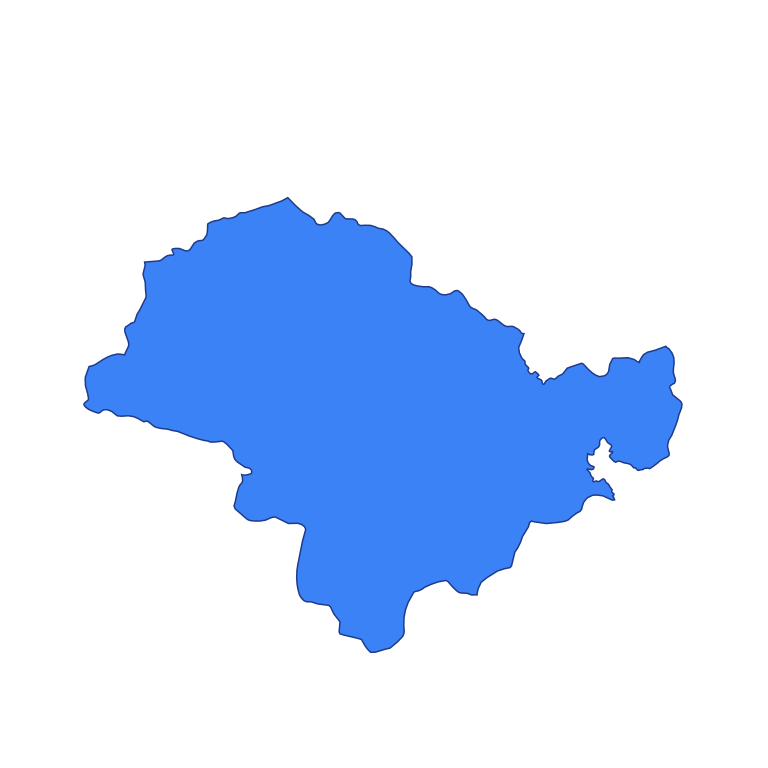 Hoang Su Phi, Hà Giang, Vietnam, rotated 132°
{"feature_id": "81297802B55460345655510", "entity_name": "Hoang Su Phi", "entity_type": "district", "adm_level": 2, "iso_a3": "VNM", "parent_name": "Vietnam", "parent_adm1": "Hà Giang", "projection": "mercator", "projection_center": [104.663, 22.693], "detail": "fine", "context": "isolated", "style": "filled", "palette": "blue", "viewbox_px": 768, "rotation_deg": 132, "n_neighbors": 0, "source": "geoboundaries", "source_scale": "gbopen_adm2", "svg_char_len": 6171}
<svg xmlns="http://www.w3.org/2000/svg" viewBox="0 0 768 768"><g transform="rotate(132 384 384)"><path d="M557.3,505.6L552.7,493.3L549.6,486.3L546.2,479.7L544.6,477.4L543.2,474.0L539.9,470.5L535.8,466.9L534.7,465.8L534.2,464.7L533.9,460.4L534.6,451.9L538.2,447.5L539.8,444.4L540.1,441.0L538.8,431.6L536.9,428.2L536.5,426.7L536.8,424.6L538.7,422.8L540.0,422.9L544.4,425.9L546.3,428.4L546.6,429.1L548.6,426.2L550.9,424.0L552.7,423.5L556.0,423.4L558.2,422.7L563.4,420.2L570.3,416.1L574.9,413.9L576.4,411.1L576.1,395.3L575.7,393.6L574.5,391.2L571.4,387.3L568.7,384.4L564.5,381.0L559.0,378.5L556.8,377.0L555.5,375.6L551.6,361.7L545.3,355.0L543.5,351.2L543.2,347.5L544.4,344.9L555.4,339.4L576.4,326.9L580.7,324.0L586.6,319.1L591.1,314.4L594.3,310.3L597.2,305.8L598.3,302.4L598.6,299.0L598.0,296.6L597.1,295.2L594.8,292.7L591.6,285.8L585.5,277.0L585.4,274.7L588.4,267.4L590.2,257.6L598.3,251.4L599.1,249.4L597.4,245.8L590.7,233.6L588.9,229.8L591.2,223.1L592.1,218.7L592.3,214.4L589.0,210.9L580.7,205.9L576.2,202.8L566.4,201.4L559.3,201.2L557.4,201.7L554.6,203.2L550.1,207.8L544.1,212.9L537.7,216.8L530.2,219.9L519.0,222.5L517.7,222.2L514.3,219.8L511.0,218.4L508.5,218.0L501.6,215.1L494.9,211.4L488.5,206.5L488.0,204.4L488.9,197.1L489.1,191.8L488.8,188.9L487.6,186.7L484.0,182.3L482.1,177.7L478.3,173.7L477.4,174.6L473.4,176.9L466.5,179.1L459.3,178.0L446.9,174.5L440.6,170.8L436.1,167.5L433.9,167.5L421.5,174.2L415.7,175.1L409.9,176.8L404.7,179.0L393.6,181.1L389.6,183.1L387.3,182.7L385.4,179.4L379.0,169.9L370.1,161.8L365.1,157.8L361.9,156.2L356.1,155.5L351.3,154.5L347.4,153.1L344.8,153.3L342.2,154.8L338.4,156.4L335.9,156.7L332.4,156.7L327.0,154.5L323.8,151.2L320.6,146.4L317.5,136.5L315.8,135.1L314.8,136.8L314.1,139.1L312.7,138.9L311.8,139.6L311.9,142.4L311.7,142.9L310.0,143.6L309.3,147.1L308.3,150.1L308.6,153.0L307.4,156.2L307.6,157.3L308.3,157.9L312.4,158.9L313.2,159.4L314.0,161.4L316.5,162.9L316.2,164.4L314.3,164.9L313.9,165.5L313.9,167.8L313.5,169.2L312.1,171.4L311.8,175.8L311.2,176.0L310.6,175.5L309.2,172.9L308.1,172.0L307.1,171.6L305.5,172.0L305.0,172.8L306.0,175.2L306.4,176.8L306.0,179.4L305.1,181.2L303.9,182.7L299.5,186.0L299.0,184.0L298.3,183.0L297.4,181.7L296.1,181.0L293.1,183.1L291.6,183.5L287.8,182.4L286.4,182.5L284.7,183.2L283.1,184.8L281.2,185.9L278.4,185.8L277.2,185.2L276.6,184.5L276.6,183.3L277.9,178.2L277.3,174.2L278.1,173.0L282.7,171.9L283.2,171.5L283.0,170.5L281.5,169.3L281.5,168.7L281.9,168.4L285.0,168.5L286.2,168.4L286.8,168.0L287.2,167.3L287.6,163.1L287.5,160.7L287.1,159.5L284.3,158.2L283.4,156.6L282.1,153.1L279.7,149.1L278.9,147.2L278.8,145.3L279.2,142.5L278.0,141.0L278.4,138.5L278.0,137.1L276.2,136.0L274.3,134.3L272.3,134.0L271.3,132.7L270.0,131.8L269.2,130.0L266.5,129.2L259.7,127.8L256.7,127.5L253.0,126.5L248.1,124.5L246.2,124.5L244.7,125.7L241.5,130.5L239.5,132.5L235.2,134.8L229.7,135.8L220.4,139.2L214.6,141.6L209.7,144.2L202.7,146.9L199.5,149.2L198.7,150.7L198.4,152.7L198.9,162.3L196.2,167.4L195.5,169.5L193.8,170.1L191.5,169.6L189.0,168.7L186.7,169.5L185.2,171.2L182.2,176.3L179.3,178.9L173.9,182.8L170.5,186.3L168.3,190.5L167.2,195.7L167.6,198.6L167.4,199.8L177.8,205.3L183.8,209.3L185.6,209.9L188.4,210.7L191.5,210.4L196.1,209.4L197.1,208.6L198.0,211.3L198.4,214.6L201.3,220.4L207.7,226.8L210.2,229.8L212.0,231.1L218.3,229.4L224.3,225.5L227.5,224.9L230.3,225.6L234.3,228.7L235.8,232.6L236.4,236.6L236.4,242.4L235.8,249.0L236.0,250.3L236.8,251.3L249.5,258.4L256.6,258.0L258.2,258.3L260.2,259.3L262.2,259.9L265.2,260.1L266.5,260.7L267.9,263.7L268.6,264.4L273.4,265.6L277.1,265.0L277.7,265.6L277.6,266.8L275.8,269.1L275.9,270.6L276.9,273.5L276.8,274.7L276.5,274.9L273.9,274.7L273.5,276.1L273.5,278.6L273.6,279.7L274.6,280.1L277.2,280.6L278.1,281.4L278.5,283.1L278.3,284.4L277.8,285.8L277.2,286.5L275.5,286.9L275.1,287.8L275.0,291.3L274.6,292.6L272.7,294.6L272.6,298.7L270.3,304.2L266.8,308.3L259.2,311.0L252.9,313.7L253.9,314.8L254.1,315.5L254.1,316.8L253.5,318.7L253.5,320.6L254.7,326.0L255.6,327.6L258.9,330.9L259.8,332.8L260.2,334.8L260.7,342.2L261.4,344.3L262.3,345.6L265.4,347.5L266.8,348.9L267.2,350.3L267.3,351.8L266.9,353.9L266.8,357.4L267.0,364.0L267.4,366.1L268.4,368.4L268.9,371.1L268.7,372.7L266.3,379.8L265.1,384.5L264.8,386.6L264.9,390.4L265.5,392.2L267.5,393.8L272.6,395.1L276.8,398.1L278.4,400.3L279.2,401.6L279.8,403.7L279.8,409.0L280.5,413.0L281.7,415.8L285.2,419.6L288.6,424.4L290.6,428.4L291.1,430.9L290.8,432.5L289.8,433.8L286.4,435.9L282.5,439.5L276.4,443.3L270.9,448.3L270.1,452.5L269.5,468.3L268.8,473.2L268.1,481.1L268.4,484.5L269.5,488.4L272.2,492.7L273.0,495.5L275.1,500.1L278.8,504.4L281.8,507.3L282.4,508.7L282.6,510.2L281.4,512.9L281.3,515.5L281.9,517.1L286.8,522.9L287.0,524.2L286.4,531.1L287.2,532.7L289.2,534.4L290.7,534.8L293.6,534.7L298.9,533.7L301.5,533.6L305.2,535.2L308.7,537.9L310.1,541.1L309.8,542.9L308.4,546.2L309.0,552.5L310.5,559.4L310.6,561.4L310.6,569.1L309.9,580.2L316.4,582.5L328.6,589.0L333.5,592.8L341.4,597.0L350.0,602.1L352.4,604.9L353.7,605.8L358.7,606.3L361.8,607.8L365.4,610.5L367.5,614.0L368.4,614.6L372.7,616.3L376.3,619.2L379.6,621.0L382.7,622.1L383.9,621.5L386.4,619.2L390.3,616.3L391.8,615.5L396.3,614.8L398.6,614.9L401.5,617.6L403.8,618.7L406.6,619.3L413.3,618.2L415.0,618.3L416.5,619.1L417.7,620.2L420.2,626.7L422.7,629.6L424.5,631.1L425.4,631.6L426.1,631.4L428.1,627.3L428.6,626.9L429.5,627.2L431.2,629.1L433.7,630.9L436.7,631.8L441.3,632.6L443.1,633.6L453.6,643.5L455.6,640.9L463.1,636.9L464.5,635.4L468.0,629.7L473.8,624.0L477.6,619.8L479.3,618.7L492.0,615.2L497.3,614.2L504.6,611.0L505.6,611.1L508.4,612.8L510.4,613.0L514.3,614.1L516.4,613.6L518.7,611.4L523.8,602.0L525.5,600.1L527.3,599.0L534.2,597.0L535.9,596.2L537.9,599.4L539.8,601.9L544.4,605.2L548.4,607.2L553.5,609.1L563.5,611.8L566.6,613.6L568.3,614.9L578.8,610.5L581.2,608.5L585.1,604.6L589.7,597.4L592.9,593.5L594.1,593.2L598.0,593.8L599.6,593.6L600.5,592.5L600.8,590.1L600.5,586.5L599.2,582.4L597.0,577.1L595.6,576.0L592.7,575.7L590.7,575.0L588.2,572.4L586.6,568.1L586.1,560.9L583.5,557.4L578.8,552.9L575.7,548.1L574.4,544.3L572.8,537.2L570.1,535.4L569.7,533.5L569.3,526.4L568.7,524.5L566.6,520.5L562.3,514.5L560.3,510.4L557.3,505.6Z" fill="#3b82f6" stroke="#1e3a8a" stroke-width="1.5"/></g></svg>